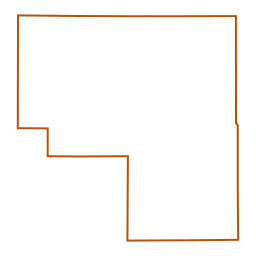 Cass, Indiana, United States of America
{"feature_id": "52423323B33469895135011", "entity_name": "Cass", "entity_type": "district", "adm_level": 2, "iso_a3": "USA", "parent_name": "United States of America", "parent_adm1": "Indiana", "projection": "robinson", "projection_center": [-86.374, 40.736], "detail": "fine", "context": "isolated", "style": "outline", "palette": "amber", "viewbox_px": 256, "rotation_deg": 0, "n_neighbors": 0, "source": "geoboundaries", "source_scale": "gbopen_adm2", "svg_char_len": 340}
<svg xmlns="http://www.w3.org/2000/svg" viewBox="0 0 256 256"><path d="M18.0,15.4L17.8,128.2L47.7,128.4L47.7,140.2L47.7,156.2L78.0,156.5L127.9,156.2L127.4,240.6L187.3,240.3L238.2,239.8L237.7,183.7L237.7,125.0L236.0,123.2L235.9,16.1L156.7,16.3L150.0,16.2L137.2,16.3L77.7,16.0L18.0,15.4Z" fill="none" stroke="#b45309" stroke-width="2"/></svg>